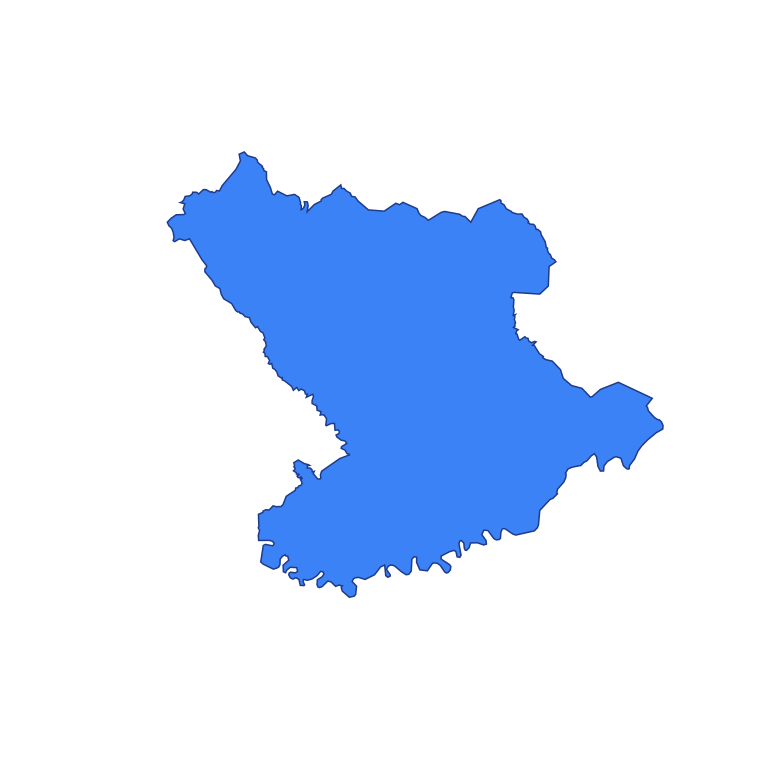 the district of Buenavista, Michoacán, Mexico, rotated 298°
{"feature_id": "50627088B1584906441416", "entity_name": "Buenavista", "entity_type": "district", "adm_level": 2, "iso_a3": "MEX", "parent_name": "Mexico", "parent_adm1": "Michoacán", "projection": "mercator", "projection_center": [-102.594, 19.215], "detail": "fine", "context": "isolated", "style": "filled", "palette": "blue", "viewbox_px": 768, "rotation_deg": 298, "n_neighbors": 0, "source": "geoboundaries", "source_scale": "gbopen_adm2", "svg_char_len": 6159}
<svg xmlns="http://www.w3.org/2000/svg" viewBox="0 0 768 768"><g transform="rotate(298 384 384)"><path d="M187.0,346.8L192.0,356.0L192.8,359.3L191.6,362.0L188.9,361.8L186.7,354.6L184.8,353.2L169.0,358.7L168.2,362.0L168.6,373.2L171.0,375.7L173.1,377.0L175.8,376.9L180.7,374.5L184.4,375.3L186.7,376.9L186.1,377.7L186.7,379.9L183.7,382.6L176.6,380.0L171.0,383.3L171.2,385.7L173.8,385.5L178.1,387.2L180.9,393.2L177.8,395.7L175.6,394.3L173.9,389.7L172.4,389.0L170.8,389.5L169.0,392.0L168.8,393.9L169.1,395.3L171.6,397.1L171.6,400.6L166.9,404.6L168.4,408.0L169.3,408.2L171.8,405.1L173.8,404.9L174.6,408.3L178.2,412.1L183.3,414.8L188.6,416.0L189.2,416.9L189.3,418.6L188.2,420.1L184.9,419.9L179.8,417.1L175.4,419.0L173.8,420.9L173.9,422.5L176.0,424.5L183.6,426.9L184.4,430.2L182.6,436.3L185.4,438.7L186.1,441.9L185.2,441.4L183.8,442.1L181.6,444.4L179.4,453.5L182.8,457.4L185.1,457.7L192.6,454.7L194.6,448.6L197.5,448.5L199.4,449.6L201.3,452.3L202.6,459.1L211.1,465.2L221.0,466.9L224.4,469.6L215.6,475.5L215.2,478.3L217.5,479.7L218.6,478.8L221.5,473.2L225.1,473.3L227.1,474.7L228.2,477.1L228.2,479.5L226.4,487.6L226.0,493.1L227.6,495.2L231.6,495.9L242.5,490.8L245.6,491.7L246.4,494.2L241.8,496.5L236.7,502.9L239.4,510.0L248.5,511.0L249.8,512.7L250.7,515.4L250.3,518.7L246.5,526.0L246.4,527.8L247.6,529.1L250.9,529.9L254.2,528.7L255.3,526.7L256.2,516.7L258.9,515.2L266.7,520.6L270.1,524.1L269.5,526.5L265.7,529.7L266.5,532.3L269.1,532.4L277.9,525.3L280.8,524.6L282.1,525.6L281.0,529.2L276.7,532.0L275.4,533.8L275.9,535.0L279.5,536.0L284.3,535.1L287.6,540.9L288.7,547.6L290.7,549.6L293.7,547.6L296.9,541.1L301.9,540.8L303.4,544.6L299.1,553.5L299.1,556.3L300.7,558.6L302.3,559.3L308.0,556.8L311.4,556.5L312.4,557.3L313.0,559.1L312.0,568.1L312.5,571.3L324.9,585.7L329.0,586.9L332.2,586.5L345.5,580.9L360.0,584.8L362.3,586.8L368.5,588.7L368.9,587.7L372.7,586.6L381.9,588.8L386.5,588.5L390.0,587.1L390.4,586.1L395.5,586.4L399.0,589.3L404.5,596.1L408.5,597.2L411.5,599.3L417.8,600.7L421.2,602.4L419.4,606.0L411.8,611.5L408.7,615.9L410.3,618.7L415.0,616.7L420.2,617.6L427.7,621.8L428.8,623.3L429.7,628.0L424.2,633.8L423.1,638.0L423.6,639.8L424.4,640.3L427.2,639.1L435.4,640.4L443.9,639.7L450.4,640.6L458.5,643.0L468.9,647.3L475.1,651.3L478.3,649.9L480.8,646.8L481.6,644.1L481.0,641.9L481.5,638.2L484.4,630.1L487.1,627.6L487.7,625.9L497.3,627.6L495.5,590.1L480.8,577.6L470.5,573.7L469.3,572.2L473.1,560.8L470.7,550.4L473.1,539.7L479.5,533.1L483.2,521.8L481.5,515.5L481.7,512.0L483.1,511.8L483.7,507.0L488.6,498.5L488.0,497.1L492.6,498.5L492.4,497.1L489.7,494.8L489.9,491.7L492.0,489.6L491.3,488.0L491.9,486.2L486.4,483.3L486.7,482.0L490.6,477.9L490.3,476.7L493.1,476.2L494.9,477.0L494.7,471.7L496.8,472.5L498.3,471.3L499.7,471.5L502.3,468.7L504.7,468.1L505.2,467.2L506.9,467.4L505.3,465.9L510.2,464.3L512.5,462.2L519.4,459.1L520.7,457.3L519.8,455.5L524.6,454.5L525.9,455.8L536.5,479.3L547.6,483.1L565.3,474.6L572.6,478.4L573.7,476.2L573.9,472.9L576.3,470.2L576.9,467.8L579.3,465.1L580.7,464.7L580.9,463.1L585.4,459.4L589.6,452.7L591.9,450.8L592.7,447.2L591.9,445.8L594.5,443.2L595.2,441.1L593.9,438.5L594.0,435.5L595.1,435.7L596.8,432.9L597.1,429.1L598.9,426.1L596.7,422.1L595.5,416.5L596.1,415.7L596.1,409.8L598.6,405.8L598.7,402.3L600.7,401.3L601.1,399.7L583.0,384.9L567.6,384.7L569.9,376.9L569.0,374.6L569.4,371.1L564.8,356.5L562.4,353.9L549.4,346.3L550.3,342.0L550.1,337.4L551.1,334.9L554.3,330.9L553.3,315.4L549.6,313.6L549.1,309.6L536.7,303.0L530.4,288.5L533.4,275.1L535.6,270.7L534.5,267.3L536.7,264.6L536.8,260.1L537.9,257.0L536.8,254.7L539.5,252.4L530.5,248.5L526.7,248.4L519.2,242.5L517.2,242.0L516.0,242.6L509.7,238.2L500.0,235.3L505.9,233.3L508.8,230.9L507.5,228.0L504.9,230.0L502.9,230.3L500.3,230.0L499.0,229.0L502.6,227.4L503.6,225.6L504.8,225.4L508.9,221.3L509.4,216.0L504.5,209.9L504.3,199.5L499.7,198.5L499.3,196.3L504.2,191.4L509.3,184.4L516.1,180.6L516.1,177.7L517.7,176.5L518.0,174.8L519.1,174.5L520.4,168.5L522.4,166.7L523.2,164.2L521.5,156.4L523.3,151.7L518.9,148.2L513.5,152.5L504.0,152.5L483.1,148.0L477.3,148.1L476.2,145.3L474.4,145.2L472.8,143.5L473.1,141.7L472.0,141.0L472.1,135.7L470.8,133.2L464.8,131.2L465.3,128.6L463.6,125.1L461.8,125.4L459.0,124.2L456.3,120.4L452.6,120.8L449.8,120.1L448.6,119.0L449.6,123.5L444.2,124.5L441.2,128.6L439.5,127.5L435.9,121.1L430.6,118.3L425.1,116.7L422.7,119.9L421.8,123.4L418.7,126.9L414.7,129.9L411.7,130.4L411.3,131.9L411.9,132.7L416.0,135.0L417.2,140.8L420.9,144.1L408.3,164.9L405.1,171.9L403.4,172.5L401.8,171.8L399.0,173.1L394.9,183.4L391.4,189.0L391.2,194.3L386.8,198.2L384.0,202.4L383.5,211.7L379.3,218.6L378.9,220.8L379.7,222.3L378.9,223.7L379.5,226.1L378.3,229.8L379.4,234.0L376.2,237.4L373.7,243.2L373.4,244.3L375.3,245.4L372.4,250.3L372.4,253.0L368.8,257.2L366.6,257.0L365.6,259.6L362.3,262.3L358.4,261.7L357.5,262.6L355.4,262.6L355.3,264.4L352.5,266.2L353.5,268.2L351.0,272.0L347.8,272.2L347.8,273.9L349.4,275.2L345.7,278.4L345.7,280.7L344.2,283.9L341.5,286.6L341.1,290.3L341.9,291.2L339.9,292.1L340.1,294.8L338.5,303.7L335.9,306.9L340.0,308.6L338.2,311.9L340.7,313.3L340.6,317.1L338.3,319.3L339.1,321.1L335.8,321.6L341.5,325.9L339.8,327.6L335.6,328.3L333.0,329.7L333.1,334.8L329.4,337.3L330.0,341.3L326.6,342.2L328.1,344.2L328.3,346.1L326.3,349.6L320.4,351.9L320.1,352.7L324.2,355.8L325.9,358.8L320.2,362.4L322.0,365.5L320.9,367.0L319.0,367.5L316.5,365.6L315.1,367.2L314.3,372.6L315.4,376.2L314.1,379.0L308.7,375.9L307.1,376.4L307.3,380.6L305.1,384.1L305.7,386.4L305.2,386.8L297.5,380.0L277.8,369.9L274.2,370.4L271.2,372.4L270.0,372.1L269.0,370.0L271.7,363.6L274.2,363.4L272.8,361.9L274.6,360.5L275.1,358.2L273.8,355.7L275.9,354.7L277.2,356.5L277.3,355.3L276.3,350.9L276.6,343.9L272.1,341.3L270.3,343.1L268.5,343.4L268.2,344.9L266.8,345.4L264.8,344.8L264.6,348.2L263.3,349.0L264.4,351.0L264.0,351.6L261.9,350.5L261.1,351.9L261.5,354.0L263.0,354.5L262.6,355.4L262.1,356.1L260.5,355.1L258.1,358.3L255.4,358.2L254.0,356.6L251.9,356.4L250.7,354.9L248.5,355.6L238.9,350.4L230.3,351.4L227.6,350.7L225.1,346.5L224.3,343.2L219.0,341.8L217.4,338.6L215.1,336.9L213.7,337.3L210.0,334.3L199.5,340.4L198.0,340.5L196.3,342.9L191.5,344.0L187.0,346.8Z" fill="#3b82f6" stroke="#1e3a8a" stroke-width="1.5"/></g></svg>